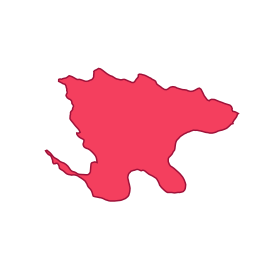 the district of Bujaru, Pará, Brazil, rotated 124°
{"feature_id": "56859067B12305552092310", "entity_name": "Bujaru", "entity_type": "district", "adm_level": 2, "iso_a3": "BRA", "parent_name": "Brazil", "parent_adm1": "Pará", "projection": "equal_earth", "projection_center": [-48.062, -1.65], "detail": "fine", "context": "isolated", "style": "filled", "palette": "rose", "viewbox_px": 256, "rotation_deg": 124, "n_neighbors": 0, "source": "geoboundaries", "source_scale": "gbopen_adm2", "svg_char_len": 4543}
<svg xmlns="http://www.w3.org/2000/svg" viewBox="0 0 256 256"><g transform="rotate(124 128 128)"><path d="M128.1,211.6L127.9,210.1L127.7,208.5L127.6,206.7L127.0,204.6L127.9,202.8L129.1,201.6L129.8,200.6L131.1,199.8L132.2,198.5L133.1,198.0L134.6,197.9L135.9,197.4L136.9,195.3L137.0,193.4L136.7,191.8L137.0,190.2L138.1,188.9L139.1,188.1L139.5,186.7L140.3,185.4L141.6,185.1L142.7,184.9L143.5,184.3L145.2,184.3L146.4,184.5L147.6,184.2L148.6,183.4L149.8,183.0L151.7,181.9L152.8,181.2L153.5,179.6L154.4,176.6L155.1,174.5L155.7,172.5L156.5,169.1L157.2,167.1L158.3,165.3L159.8,166.0L160.8,167.7L161.7,167.0L162.3,165.7L162.7,164.3L162.8,162.6L162.7,160.8L162.4,159.4L162.6,157.7L164.4,156.8L166.0,156.4L167.0,155.8L168.1,154.2L168.3,152.7L168.1,151.2L167.6,149.5L167.5,147.2L167.8,145.0L168.2,143.0L168.7,141.1L169.2,139.6L169.8,138.5L170.6,137.4L171.9,136.1L173.0,135.1L173.9,134.3L174.7,136.6L176.1,137.8L177.2,138.6L178.3,138.6L179.8,137.8L181.3,137.0L182.5,136.3L183.4,135.8L185.6,134.6L186.9,134.5L188.1,134.7L189.1,135.1L190.1,136.4L191.3,138.5L192.7,140.8L193.7,142.6L194.2,144.2L194.2,146.4L194.5,148.0L195.1,149.8L195.1,151.6L194.6,153.1L194.0,154.6L193.3,156.5L192.9,158.9L192.9,161.5L193.4,163.3L193.8,165.6L193.5,168.5L193.6,170.6L193.8,172.4L193.5,174.2L192.5,177.3L192.2,178.6L192.0,180.0L191.8,182.8L193.0,183.6L193.8,181.9L194.5,179.2L194.2,177.4L194.5,176.0L195.3,174.7L196.2,173.5L196.9,172.5L197.8,171.8L198.8,170.8L199.2,169.6L198.3,168.4L197.4,167.9L196.8,166.6L197.2,165.3L197.9,164.1L199.7,162.3L199.9,160.8L199.7,157.7L200.2,154.3L200.2,152.9L199.8,151.3L199.2,150.0L198.5,148.3L197.5,147.3L196.5,145.5L195.8,143.2L195.8,141.1L195.7,139.0L195.7,136.6L196.0,133.7L197.4,130.7L198.4,129.3L199.0,128.1L199.4,126.6L199.8,124.7L200.7,122.8L201.8,121.3L203.2,119.7L203.9,118.6L203.4,117.0L202.7,115.4L202.2,114.2L201.6,112.7L200.9,111.3L200.4,109.4L200.0,106.5L199.0,103.1L198.4,101.9L195.9,98.2L192.3,93.9L191.3,93.0L188.2,90.9L187.0,90.4L184.8,89.8L183.4,89.8L180.5,90.7L179.2,91.3L176.9,92.6L176.0,93.4L174.2,95.2L172.4,97.3L171.4,98.2L170.1,99.7L169.0,100.7L166.4,101.7L164.6,101.8L163.5,101.5L162.2,101.4L160.1,99.8L159.2,98.9L158.2,98.2L157.2,97.3L156.6,96.0L156.1,93.2L154.9,92.3L154.3,91.2L154.2,89.5L154.4,88.0L154.6,84.6L154.1,81.3L154.0,79.8L154.0,78.4L153.9,77.0L154.3,75.4L155.3,73.3L156.7,71.0L157.6,69.9L158.6,67.0L159.2,63.7L159.4,62.1L159.5,60.4L159.3,59.1L157.0,55.7L155.9,53.3L154.9,52.1L154.0,51.2L153.2,50.2L152.5,49.1L151.7,48.3L150.6,47.3L149.7,46.7L147.7,46.4L146.2,46.7L144.9,47.3L142.7,48.5L141.6,49.7L139.7,52.3L138.7,54.1L138.1,55.4L137.6,57.0L137.0,59.1L136.6,61.2L135.8,67.1L135.7,69.4L135.8,71.5L135.2,73.1L134.4,74.4L133.4,75.8L132.4,76.5L131.4,77.2L130.3,77.6L128.9,77.6L127.9,77.3L125.2,76.9L124.0,77.0L122.5,77.2L120.2,77.1L118.5,77.8L117.4,78.4L114.3,79.9L112.5,80.5L110.9,80.7L109.6,80.5L108.2,80.2L107.0,80.1L105.9,79.9L104.5,79.4L101.4,78.1L100.4,77.5L99.5,76.9L98.5,76.5L96.6,74.9L95.5,74.3L94.2,73.3L93.2,72.6L92.2,70.8L91.2,69.4L90.6,67.9L89.7,65.8L89.0,63.8L88.6,62.5L88.1,61.0L87.1,59.1L86.5,57.5L85.7,56.2L84.8,55.0L83.6,53.9L82.4,52.9L80.0,51.5L78.4,50.1L77.2,48.9L75.0,47.3L73.8,46.5L72.6,45.9L71.6,45.6L70.6,45.4L69.6,45.1L67.2,44.7L65.6,43.4L65.0,44.3L63.6,44.3L62.5,44.5L60.3,44.3L57.8,44.3L55.4,44.9L54.3,44.6L54.5,46.7L54.8,48.6L55.6,50.4L54.7,52.0L53.6,52.5L52.4,54.3L52.1,56.3L52.5,57.7L53.7,61.6L54.1,63.7L55.1,67.5L56.0,72.1L56.7,73.4L57.5,74.7L58.7,75.6L60.0,75.9L60.4,77.9L58.7,82.8L56.9,85.8L55.1,89.1L55.0,91.0L56.0,92.0L57.6,92.8L59.4,93.7L60.9,94.7L61.8,95.5L62.8,96.9L63.6,99.1L63.8,100.6L64.7,102.5L65.6,104.1L66.1,105.4L67.5,110.0L67.6,111.5L68.2,113.0L68.8,114.1L70.5,115.7L72.0,116.3L73.8,116.9L74.9,117.8L75.7,119.4L75.8,122.2L75.6,123.9L75.6,126.3L75.5,128.5L74.8,129.8L73.8,131.3L73.8,133.1L74.1,135.4L74.0,137.1L74.3,138.5L74.4,139.9L74.7,142.5L75.1,144.2L75.7,145.8L76.1,147.1L77.0,148.7L78.0,149.2L79.9,148.1L81.5,148.2L83.0,148.4L86.1,148.4L87.3,149.0L88.2,150.4L88.3,151.8L88.7,153.2L89.3,156.5L89.6,158.0L90.4,159.2L91.3,159.9L92.2,161.0L93.8,165.3L93.9,166.8L94.0,169.9L94.6,172.1L94.7,173.5L94.8,175.9L94.7,177.2L94.4,181.6L94.4,183.8L95.1,185.7L96.7,186.4L97.9,187.1L98.9,187.7L100.2,188.0L101.1,187.2L103.7,185.8L104.9,185.0L106.7,184.8L108.1,185.1L109.5,186.1L111.4,187.3L112.4,188.4L113.2,189.7L114.1,193.3L114.8,195.4L115.6,196.4L116.3,197.5L116.4,199.1L116.7,202.8L117.1,204.5L117.6,206.0L120.0,206.8L121.5,207.6L122.3,208.5L123.6,209.7L124.7,210.3L125.4,211.8L126.5,212.6L128.1,211.6Z" fill="#f43f5e" stroke="#9f1239" stroke-width="1.5"/></g></svg>